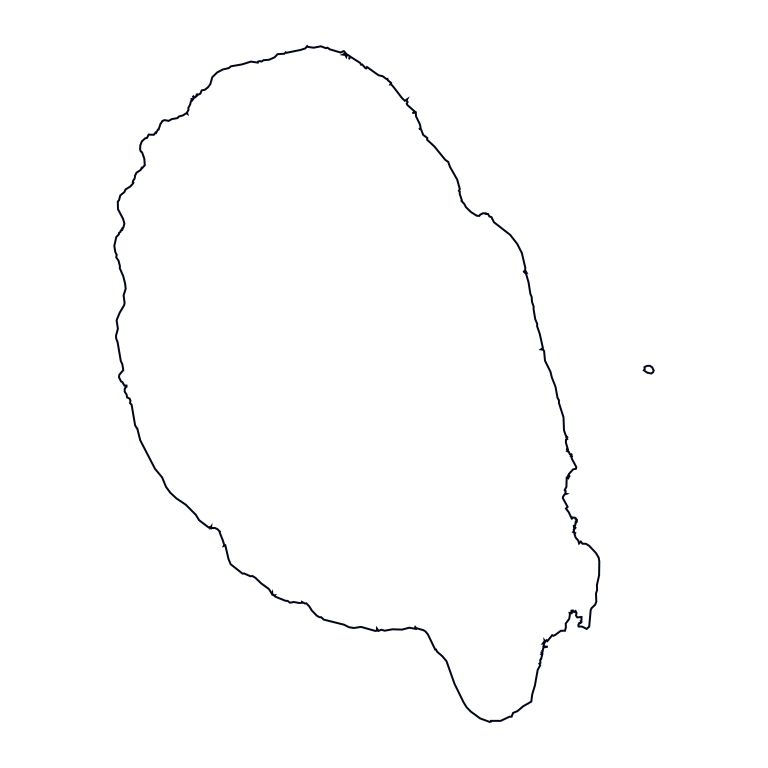 Camiguin, Camiguin, Philippines (Equal Earth projection)
{"feature_id": "2640588B70398489528347", "entity_name": "Camiguin", "entity_type": "district", "adm_level": 2, "iso_a3": "PHL", "parent_name": "Philippines", "parent_adm1": "Camiguin", "projection": "equal_earth", "projection_center": [124.72, 9.168], "detail": "fine", "context": "isolated", "style": "outline", "palette": "ink", "viewbox_px": 768, "rotation_deg": 0, "n_neighbors": 0, "source": "geoboundaries", "source_scale": "gbopen_adm2", "svg_char_len": 6056}
<svg xmlns="http://www.w3.org/2000/svg" viewBox="0 0 768 768"><path d="M307.9,46.9L307.2,46.1L305.3,48.4L300.7,49.9L286.5,52.8L285.7,52.3L284.4,53.7L277.5,54.2L274.6,57.3L268.9,59.8L263.5,60.2L261.6,61.5L259.8,61.1L258.0,61.7L257.8,62.6L250.9,61.6L242.0,64.4L231.0,66.3L228.7,68.1L222.7,69.5L217.1,72.5L212.3,77.2L210.3,84.2L208.0,87.3L204.8,89.8L201.7,90.4L200.3,93.7L197.3,95.1L197.0,94.5L196.3,95.4L196.6,96.1L194.9,97.4L193.4,96.3L192.5,97.3L193.4,96.9L193.8,98.0L192.4,100.2L191.6,99.7L191.5,98.0L191.6,100.9L190.9,101.3L190.2,104.4L188.3,108.0L188.5,109.8L187.0,112.6L187.3,113.7L186.5,113.1L182.9,115.4L178.7,116.6L177.5,118.1L171.8,119.1L168.7,120.9L164.6,120.1L162.5,120.9L160.4,124.1L158.6,129.5L157.9,129.6L156.1,132.9L155.6,132.5L153.8,134.8L148.7,134.6L147.0,137.9L145.2,138.3L141.9,141.3L140.3,145.4L140.1,149.5L140.8,151.4L142.1,152.4L144.3,158.7L144.8,165.2L142.2,168.1L141.7,167.8L140.6,170.0L136.5,172.7L135.1,175.5L134.7,178.3L133.1,180.9L132.8,182.2L133.4,182.8L132.7,183.8L130.3,186.5L125.6,189.4L124.3,192.1L120.3,195.4L119.0,200.2L117.8,201.7L118.0,209.2L123.1,218.9L124.4,223.7L123.3,227.6L122.6,228.5L121.6,227.8L122.6,229.0L122.0,230.2L120.8,230.4L120.4,231.9L119.0,232.9L118.8,234.4L116.3,237.0L114.3,245.9L115.3,252.0L116.7,254.9L116.2,257.3L118.5,260.6L119.9,266.0L119.8,268.3L123.2,276.0L125.1,283.6L125.7,288.7L123.6,295.5L124.6,303.0L124.1,305.3L119.7,312.7L116.6,320.3L117.9,328.8L116.0,335.7L116.2,338.6L117.6,342.2L120.8,361.0L122.3,364.2L123.3,370.1L119.3,374.8L119.0,377.3L121.1,381.5L122.3,382.0L124.4,385.5L126.5,385.6L126.5,386.6L124.6,386.8L126.0,387.1L124.7,388.9L124.7,391.7L126.6,394.6L127.1,397.4L129.6,398.6L130.4,400.6L130.1,403.2L131.6,404.7L135.1,425.3L137.2,428.9L137.1,427.7L140.2,440.2L155.0,468.8L162.1,477.4L166.1,487.0L170.3,492.7L176.4,498.4L185.8,504.7L195.9,514.9L199.1,520.2L208.7,527.5L210.4,528.1L210.1,527.0L210.3,526.2L210.4,527.5L211.1,526.6L210.9,528.0L214.9,528.0L217.5,529.2L219.6,531.4L220.1,530.8L219.7,532.5L222.9,540.6L224.2,544.9L223.8,545.9L225.3,545.3L228.5,559.0L230.7,564.3L242.5,573.6L244.2,573.5L250.3,576.2L252.7,576.1L255.6,578.0L261.2,583.4L269.0,589.1L271.9,593.9L272.3,592.9L272.5,594.3L273.6,595.3L274.8,595.2L274.4,595.7L275.4,596.7L285.5,600.8L287.6,600.9L290.0,602.7L293.7,602.0L299.3,603.0L302.0,602.8L302.0,602.0L304.9,603.5L306.3,603.3L309.2,606.3L311.9,610.6L316.8,615.7L319.5,617.2L321.1,617.2L323.7,619.6L344.0,624.7L349.0,627.2L353.8,628.0L361.0,626.9L375.2,630.9L376.9,630.7L377.0,628.7L378.5,630.9L381.3,629.7L384.6,630.7L392.5,629.3L402.1,629.6L409.3,627.7L416.9,629.1L415.0,628.0L415.3,627.1L416.1,628.1L423.5,630.2L425.6,631.6L428.0,634.6L435.2,649.6L436.0,649.5L437.1,651.7L442.3,656.2L446.5,661.2L454.5,683.8L463.6,702.4L466.7,707.4L470.8,711.6L480.1,718.4L489.6,721.9L490.7,721.8L490.9,720.9L500.6,720.9L509.5,716.7L511.6,716.7L513.1,712.9L517.5,711.1L523.1,706.3L531.3,701.6L532.2,694.5L534.9,685.5L537.7,669.9L540.2,665.3L539.4,663.7L540.4,663.0L540.2,660.2L541.0,658.5L540.9,659.9L542.2,654.8L541.4,654.3L542.1,653.8L541.7,652.9L542.4,653.0L542.3,651.4L543.2,651.8L542.7,651.5L543.0,648.9L543.8,647.3L547.8,646.7L543.4,646.4L544.3,643.3L542.9,643.5L544.3,641.5L544.9,642.7L544.6,640.5L545.5,641.6L546.7,640.2L547.5,641.0L552.2,635.2L553.3,635.8L555.3,634.9L560.8,630.8L565.0,630.7L565.9,627.3L565.7,623.6L569.2,618.9L569.9,615.0L569.6,612.9L571.3,613.2L571.4,610.7L572.6,610.5L572.7,612.2L574.0,611.3L574.9,612.0L575.6,611.2L576.5,612.9L576.0,615.6L577.3,617.4L581.5,617.0L581.4,621.0L580.8,621.2L581.4,622.1L580.5,623.1L579.3,623.0L578.3,625.2L578.6,626.5L582.1,626.6L586.7,628.9L589.2,626.6L590.7,610.0L591.6,608.1L595.1,604.8L596.3,601.7L596.0,593.4L597.1,590.0L596.9,585.3L599.1,575.2L599.3,561.5L598.7,557.7L596.1,553.2L589.3,545.9L586.0,543.8L582.5,543.7L580.8,541.6L579.1,543.4L578.2,540.5L575.7,537.7L574.5,534.1L575.2,533.1L573.2,532.1L574.1,531.2L573.7,529.8L575.5,527.8L575.0,527.0L574.1,528.1L573.8,525.8L575.2,525.3L575.7,522.0L576.2,522.5L576.8,521.7L576.9,519.8L576.1,519.1L576.8,518.5L575.5,518.8L574.9,517.7L572.4,517.5L571.9,519.2L571.3,516.5L571.1,517.3L568.8,512.3L566.0,508.6L567.6,506.8L562.8,498.1L562.9,496.9L564.6,494.4L566.4,493.8L565.3,493.5L565.8,490.4L565.3,491.1L564.7,490.1L566.4,486.9L566.7,477.5L567.4,477.3L568.4,475.1L569.2,476.0L568.3,478.0L567.8,477.7L568.3,478.2L569.4,476.0L568.5,475.0L568.9,474.0L573.2,469.3L575.9,468.8L576.3,467.1L572.0,459.0L571.5,457.4L571.9,456.5L570.9,456.1L571.6,454.9L571.0,453.5L571.1,454.6L569.9,454.3L568.8,451.9L567.2,451.1L567.9,450.5L567.6,449.7L566.1,449.1L567.8,449.2L565.9,442.6L566.0,439.7L567.2,439.1L566.3,437.3L567.1,437.0L565.7,435.3L564.0,430.3L563.5,417.3L559.0,403.2L558.9,400.2L557.5,397.8L555.5,386.8L551.9,377.6L550.4,371.6L545.0,360.7L544.1,351.1L543.3,349.8L541.0,349.4L542.9,348.0L539.7,333.7L537.1,326.2L537.2,323.9L535.2,319.1L533.5,308.6L533.7,306.8L532.0,301.8L531.6,296.7L530.4,294.0L528.5,282.1L526.1,273.9L523.3,271.1L526.3,272.3L525.1,270.2L525.3,267.8L521.9,253.1L517.2,243.9L510.2,234.9L493.9,222.2L491.5,217.2L489.4,216.4L488.0,214.0L486.2,213.9L485.9,214.7L485.7,213.3L482.9,213.3L480.3,214.6L479.3,215.9L476.7,215.7L470.9,212.0L465.9,207.1L464.4,204.1L461.5,200.9L461.9,200.4L459.7,193.8L459.8,191.8L458.9,190.8L459.8,189.1L457.2,179.6L450.0,166.9L448.2,161.9L445.2,159.8L434.4,146.5L427.1,139.7L427.3,138.0L423.2,134.9L420.7,128.6L419.0,129.2L420.6,128.0L420.5,127.1L419.9,124.3L416.0,116.3L415.8,112.5L412.4,113.1L415.1,111.8L407.5,105.2L406.7,103.7L407.6,102.0L406.5,100.5L407.1,99.3L404.9,100.8L402.0,98.1L393.6,87.1L391.1,84.2L390.4,84.3L391.1,82.9L387.9,80.3L387.5,78.9L386.6,79.1L382.6,76.2L378.6,75.3L367.0,67.0L366.1,68.4L365.4,68.1L362.2,64.5L361.1,64.7L360.1,62.9L350.1,56.5L349.1,59.4L349.9,56.3L347.1,54.5L346.3,56.8L345.3,55.0L342.8,54.6L344.4,53.8L346.6,54.3L343.8,51.1L340.5,52.5L329.7,49.3L327.5,47.7L326.0,48.2L320.9,46.3L313.6,47.7L307.9,46.9ZM652.2,367.4L649.9,365.8L647.0,365.9L644.5,367.1L644.7,369.2L643.8,370.3L647.3,372.7L651.3,373.5L652.9,372.4L653.7,370.6L652.2,367.4Z" fill="none" stroke="#020617" stroke-width="2"/></svg>